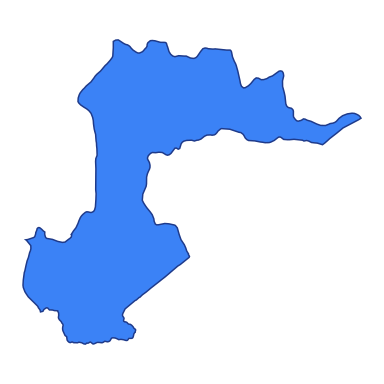 Salamá, Baja Verapaz, Guatemala (Robinson projection)
{"feature_id": "79465075B18875713614503", "entity_name": "Salamá", "entity_type": "district", "adm_level": 2, "iso_a3": "GTM", "parent_name": "Guatemala", "parent_adm1": "Baja Verapaz", "projection": "robinson", "projection_center": [-90.294, 15.052], "detail": "fine", "context": "isolated", "style": "filled", "palette": "blue", "viewbox_px": 384, "rotation_deg": 0, "n_neighbors": 0, "source": "geoboundaries", "source_scale": "gbopen_adm2", "svg_char_len": 5844}
<svg xmlns="http://www.w3.org/2000/svg" viewBox="0 0 384 384"><path d="M68.2,341.5L69.0,342.2L69.7,342.5L70.4,342.6L71.9,342.0L72.7,342.1L73.2,342.5L73.8,342.7L75.5,342.7L77.4,342.8L77.8,342.7L78.6,342.3L79.8,342.3L80.4,342.5L81.6,342.7L83.9,343.9L85.3,344.1L85.7,344.0L86.5,343.2L87.0,343.1L88.0,343.2L88.6,342.9L90.0,342.1L90.6,342.1L91.6,342.9L92.5,343.6L93.1,344.0L93.6,343.9L94.4,343.7L97.2,342.4L98.3,342.4L100.0,342.5L101.0,342.7L102.3,342.7L103.4,342.2L104.7,341.3L105.1,341.3L107.3,341.8L107.7,341.8L108.6,341.6L109.6,341.1L110.2,340.5L111.1,338.8L111.6,338.2L112.5,337.8L114.3,337.9L115.5,338.1L117.6,339.0L118.5,339.6L119.2,339.6L120.2,339.4L121.3,339.4L123.4,339.7L126.1,340.5L127.2,340.4L127.5,340.2L128.0,339.7L128.6,338.7L128.9,338.4L129.4,338.4L130.9,338.4L132.0,338.3L132.7,337.8L133.0,337.3L133.4,336.1L133.9,333.8L134.2,333.3L134.8,332.5L135.2,332.3L135.2,331.7L135.4,331.1L135.6,330.4L135.6,329.8L135.4,329.3L134.4,328.7L134.0,328.3L133.1,326.8L132.4,326.0L131.6,325.2L130.6,324.5L130.2,324.3L129.2,324.2L128.4,324.0L127.9,323.5L127.0,322.5L126.7,322.3L125.7,321.9L125.0,321.9L124.4,321.7L123.7,321.2L123.6,320.8L123.6,320.1L124.0,318.7L124.0,318.2L123.7,317.5L122.7,316.1L122.5,315.3L122.5,314.7L122.8,313.6L125.1,308.9L135.0,300.6L136.3,300.0L139.2,297.4L139.8,297.3L142.5,294.7L146.2,292.0L150.7,288.2L165.8,276.3L177.7,266.1L180.3,264.5L189.1,257.4L189.5,256.4L188.4,254.5L188.5,253.9L186.7,251.0L185.8,248.1L184.3,244.7L181.0,239.7L179.2,234.6L177.3,227.9L175.4,225.5L174.3,225.0L169.3,223.9L167.5,223.7L164.8,223.5L158.3,224.8L156.5,224.8L155.3,224.0L154.2,221.4L153.8,218.7L152.2,214.7L150.2,211.9L147.0,208.0L145.5,205.9L143.7,203.1L142.3,200.3L142.8,194.1L146.1,186.4L146.5,183.9L146.6,177.1L147.4,173.8L148.4,171.4L149.5,169.1L150.0,167.3L150.0,165.2L149.4,162.5L147.5,158.9L147.6,157.5L148.3,155.7L150.5,153.4L152.3,152.5L155.7,152.7L158.9,152.2L162.3,152.5L166.1,154.8L167.6,155.2L169.3,154.7L171.0,153.4L174.9,148.2L176.5,148.1L178.2,149.2L179.7,148.5L181.2,143.7L182.4,142.1L184.0,141.1L186.6,140.4L191.6,140.2L194.4,141.0L197.0,140.2L198.3,140.1L200.9,139.1L204.4,136.3L206.9,135.1L210.4,134.9L212.1,135.2L214.2,134.9L215.5,134.2L216.9,132.7L218.0,131.1L220.5,129.0L221.4,128.6L229.8,129.2L238.7,132.2L240.9,132.6L243.1,134.3L244.0,135.6L244.6,136.8L245.4,138.2L247.0,139.7L248.6,140.5L254.8,140.9L260.4,142.0L262.3,142.2L265.1,142.7L269.1,142.6L270.8,142.1L274.3,140.4L277.6,137.8L278.7,137.1L280.2,137.0L281.2,137.5L283.6,139.4L287.2,139.7L289.8,139.7L294.0,139.3L302.5,140.2L303.9,141.0L306.6,140.5L308.6,141.0L311.5,142.5L314.9,142.9L317.3,143.1L322.5,144.7L324.8,143.0L327.1,141.0L329.8,138.5L336.9,133.0L343.1,127.9L358.7,119.7L361.0,118.2L359.9,116.5L358.6,115.3L356.5,114.2L354.4,113.4L352.0,113.2L347.3,113.9L342.6,115.7L339.1,118.3L336.4,121.3L335.0,122.3L333.1,123.1L330.0,123.6L329.1,124.1L325.5,125.5L320.6,125.4L316.7,124.0L311.0,121.3L307.4,120.3L305.0,119.1L303.4,118.9L302.6,119.5L301.1,120.4L298.1,121.2L296.6,120.7L295.3,119.4L293.6,117.1L293.4,115.6L293.4,111.1L292.9,109.7L291.5,108.3L288.6,107.6L287.6,107.0L286.6,105.9L285.8,103.7L285.0,96.1L284.2,92.4L283.4,89.4L282.6,86.5L282.5,80.9L283.7,75.9L283.4,73.8L283.0,72.5L282.1,71.3L281.5,71.1L280.4,70.9L279.0,71.2L272.5,75.9L269.2,77.1L266.9,78.6L263.7,79.6L261.2,79.7L258.5,78.2L256.2,77.9L254.2,79.4L250.7,83.7L248.4,85.8L245.2,87.7L243.5,87.9L241.5,86.3L240.7,84.3L240.4,83.3L239.9,80.5L237.8,71.1L236.2,65.4L235.5,63.6L234.2,61.1L232.5,56.9L231.5,51.9L231.1,51.0L230.7,50.5L230.2,50.1L226.8,50.1L215.2,48.9L213.0,49.1L208.2,48.7L206.8,48.2L205.0,48.0L202.9,48.7L200.7,51.4L197.2,56.5L195.8,57.7L194.0,58.4L192.5,58.3L190.4,58.0L186.3,56.1L184.5,56.1L178.7,55.7L174.9,56.7L172.7,56.0L170.6,54.2L169.0,51.6L167.6,46.9L167.1,45.7L166.5,43.5L166.0,42.8L165.1,42.4L160.3,42.3L155.0,40.8L152.3,40.5L150.3,40.7L147.9,42.7L147.2,44.2L147.0,46.3L146.1,47.8L145.1,48.7L143.9,50.2L142.6,51.6L141.0,52.4L139.2,53.1L137.6,52.9L135.7,51.9L134.3,50.9L133.3,50.3L131.3,48.3L129.9,46.5L128.9,45.7L127.6,44.9L125.6,44.4L124.0,43.6L122.7,42.8L119.4,40.6L118.2,39.9L115.7,40.1L113.3,41.4L113.3,47.8L112.8,56.0L112.3,57.4L110.1,60.4L107.0,63.9L105.1,65.6L100.5,71.1L96.8,74.3L95.1,76.2L94.0,77.9L91.0,81.9L86.2,86.0L84.3,88.2L82.8,89.6L80.4,92.6L79.5,94.2L79.1,95.2L78.2,98.0L78.0,101.6L78.7,102.9L80.6,104.9L83.8,107.1L86.6,108.8L88.1,110.0L89.2,111.0L91.1,113.4L92.7,117.6L93.3,120.7L93.5,123.9L94.2,128.9L94.8,131.5L95.6,134.3L96.1,141.0L96.4,142.5L96.5,143.4L96.6,145.9L96.9,148.5L97.1,155.0L96.9,156.0L96.6,156.6L95.8,158.7L95.6,161.6L95.9,168.6L95.7,189.8L96.1,193.7L95.9,199.6L95.4,206.9L94.6,209.8L93.9,211.0L93.1,211.7L92.3,212.1L91.6,212.4L90.6,212.5L88.1,211.9L86.7,211.8L85.4,212.3L82.9,214.4L81.5,215.9L80.4,217.5L78.8,221.1L78.1,223.2L76.0,227.7L73.5,230.9L71.3,234.4L71.7,234.5L71.3,237.0L69.9,238.4L68.7,239.2L65.0,242.1L62.4,242.4L57.7,241.4L52.5,239.4L46.7,238.4L45.6,237.4L44.9,235.2L44.7,234.0L44.8,232.0L43.5,231.1L41.7,229.3L40.1,228.0L39.6,227.7L39.1,227.6L38.4,227.6L37.6,228.1L37.1,228.7L36.8,230.1L36.2,231.6L35.8,232.5L35.6,234.1L35.2,235.3L34.7,236.8L33.5,237.6L27.8,239.5L25.8,239.8L26.5,240.3L30.3,245.0L30.8,245.7L30.9,248.7L30.3,251.1L29.7,252.3L28.4,257.5L27.1,260.9L26.0,265.5L24.9,270.7L24.3,272.5L23.3,279.9L23.0,285.2L23.3,287.5L24.9,291.7L26.2,293.8L28.3,296.9L37.0,305.5L38.0,306.6L38.2,307.5L40.0,309.9L40.5,311.9L42.6,311.4L43.0,311.2L43.4,310.6L43.5,310.2L43.8,309.6L44.4,309.1L46.4,307.8L47.7,308.0L49.4,309.9L52.4,310.0L54.4,310.6L57.7,310.8L57.9,311.7L58.5,312.6L58.6,313.2L58.7,315.3L58.4,317.3L58.6,318.4L59.4,319.8L59.9,320.3L60.8,321.2L61.4,321.9L61.6,322.6L62.0,323.2L62.3,323.5L62.8,324.1L63.1,325.3L62.9,326.2L62.7,327.1L62.6,328.2L62.6,329.2L62.9,330.7L65.0,335.4L65.5,335.9L65.9,336.1L66.5,336.5L66.7,336.9L67.1,340.0L67.6,340.8L68.2,341.5Z" fill="#3b82f6" stroke="#1e3a8a" stroke-width="1.5"/></svg>